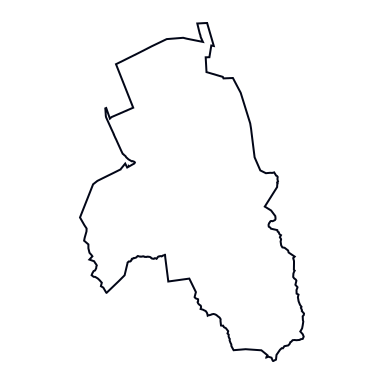 the district of Villaldama, Nuevo León, Mexico
{"feature_id": "50627088B63922247713166", "entity_name": "Villaldama", "entity_type": "district", "adm_level": 2, "iso_a3": "MEX", "parent_name": "Mexico", "parent_adm1": "Nuevo León", "projection": "robinson", "projection_center": [-100.368, 26.476], "detail": "fine", "context": "isolated", "style": "outline", "palette": "ink", "viewbox_px": 384, "rotation_deg": 0, "n_neighbors": 0, "source": "geoboundaries", "source_scale": "gbopen_adm2", "svg_char_len": 5453}
<svg xmlns="http://www.w3.org/2000/svg" viewBox="0 0 384 384"><path d="M116.0,64.2L133.2,107.7L111.5,117.1L109.9,118.6L106.2,108.0L105.3,108.4L105.5,110.6L105.5,110.8L105.6,112.3L105.8,115.2L105.8,115.8L106.0,116.9L106.4,118.0L110.9,127.9L111.0,128.1L111.2,128.6L113.9,134.4L113.8,134.5L115.5,138.2L115.7,138.7L115.9,138.9L116.9,141.2L118.4,144.5L121.3,150.9L122.7,153.8L122.9,154.0L123.4,154.2L124.2,155.1L125.4,156.0L126.3,157.4L126.8,157.8L128.4,159.3L131.8,161.3L132.5,161.1L134.3,161.8L134.9,162.4L134.5,163.3L133.7,163.9L133.2,164.1L129.0,166.5L128.9,166.4L128.9,166.5L127.2,167.5L125.2,163.6L120.5,169.4L120.5,169.5L119.6,169.9L117.0,171.2L113.0,173.2L108.5,175.4L102.6,178.3L97.4,180.9L93.1,184.3L80.0,217.5L84.4,225.2L86.6,228.5L86.5,231.4L84.7,237.7L84.1,240.7L88.4,244.4L88.4,248.3L89.5,252.8L91.5,255.0L92.4,256.3L89.4,259.6L94.2,261.3L94.9,262.6L95.8,263.8L96.3,264.6L96.8,265.4L96.3,266.8L96.2,268.2L95.1,270.4L93.6,271.1L92.4,273.2L91.6,275.2L93.6,276.8L95.2,276.9L97.8,278.5L99.5,280.1L100.9,281.7L101.8,282.7L100.9,286.2L103.3,287.6L106.2,292.6L106.6,292.8L118.6,281.3L124.6,275.3L127.5,263.2L127.5,262.8L127.8,262.3L128.4,261.9L128.5,261.8L128.8,261.5L128.9,261.4L129.0,261.4L129.3,261.5L129.5,261.5L129.9,261.5L130.1,261.5L130.3,261.4L130.5,261.3L130.7,261.2L130.8,261.0L130.8,260.9L131.0,260.5L131.2,260.4L131.3,260.4L131.5,260.1L131.6,259.8L131.7,259.3L131.7,259.2L131.8,259.1L131.9,258.9L132.0,258.9L132.3,258.9L132.3,258.7L132.7,258.6L132.9,258.5L133.1,258.4L133.5,258.1L133.9,258.0L134.2,258.1L134.5,258.1L135.0,257.9L136.2,257.5L136.6,257.1L137.5,256.2L137.9,256.0L139.4,256.5L139.6,256.5L140.3,256.5L140.5,256.7L140.8,256.7L141.5,256.7L142.2,256.4L142.3,256.4L142.5,256.5L142.8,256.4L143.0,256.4L143.3,256.3L143.6,256.4L143.8,256.4L143.9,256.5L144.1,256.7L144.3,256.8L144.5,256.9L144.8,256.9L145.0,256.8L145.9,257.0L146.1,257.0L146.3,257.0L146.5,256.9L146.8,256.8L147.0,256.7L147.5,256.7L147.7,256.8L147.8,256.8L148.0,256.8L148.1,256.7L148.3,256.7L148.6,256.8L148.8,256.8L149.1,256.8L149.5,256.9L149.9,257.0L150.2,257.1L150.7,257.4L151.0,257.7L151.2,258.0L151.3,258.0L151.6,258.2L151.7,258.3L151.8,258.4L151.9,258.5L152.1,258.5L152.5,258.6L153.1,258.7L153.2,258.8L153.3,258.8L153.5,258.8L153.8,258.8L153.9,258.7L154.1,258.7L154.4,258.5L154.5,258.4L154.8,258.2L155.0,258.2L155.6,258.3L155.8,258.4L156.0,258.5L156.4,258.7L156.5,258.8L156.7,258.7L156.8,258.5L157.0,258.3L157.2,258.1L157.4,257.6L157.7,257.2L158.1,256.8L158.3,256.6L158.5,256.5L158.8,256.5L159.0,256.5L159.1,256.4L159.6,256.3L160.2,256.1L160.4,256.1L160.7,256.1L161.0,256.1L161.3,256.3L161.4,256.2L161.5,256.2L161.9,256.1L162.3,256.1L162.5,255.9L162.9,255.6L163.0,255.5L163.2,255.4L164.0,255.3L164.3,255.2L164.5,255.1L164.7,254.9L164.8,254.8L165.0,254.8L165.3,257.8L166.6,268.1L168.3,281.5L189.3,278.6L195.9,292.1L194.6,297.1L195.6,298.3L198.1,299.3L198.1,301.3L197.6,302.1L198.2,303.5L199.3,304.7L200.1,305.2L200.7,305.6L201.1,307.0L200.6,309.0L203.0,309.7L204.3,310.4L205.6,311.0L205.8,311.2L206.2,311.7L206.8,312.6L207.0,313.0L207.3,313.9L207.7,315.7L208.6,315.2L209.1,315.2L209.4,315.2L210.0,315.0L210.8,314.8L211.6,314.4L212.0,314.3L213.3,314.0L213.6,314.0L214.0,314.1L214.9,314.3L215.7,314.7L216.0,314.8L216.6,315.2L218.0,316.4L219.1,317.2L219.6,317.6L220.6,319.2L220.5,320.9L221.0,325.5L222.8,325.8L223.1,325.7L224.0,327.2L225.1,327.8L225.9,328.2L228.2,331.2L227.9,332.3L227.5,333.5L228.7,334.6L228.6,336.5L229.2,338.1L229.8,339.0L229.6,340.3L230.4,342.6L231.3,344.4L231.4,346.1L233.6,350.2L245.6,349.2L261.4,350.3L267.5,355.3L266.3,357.3L266.3,357.5L268.4,356.7L271.5,357.7L272.4,360.0L272.9,360.9L273.3,361.0L276.0,359.6L276.5,354.9L280.0,349.8L281.7,348.2L282.9,348.3L284.4,346.2L288.3,345.4L289.7,343.8L290.4,342.1L291.2,341.8L292.6,340.2L294.5,340.0L296.6,340.2L299.8,339.9L300.4,339.3L302.7,338.9L303.7,336.7L302.8,334.3L300.3,331.5L302.1,328.4L302.7,325.4L303.3,321.5L302.9,320.1L302.7,316.3L303.8,315.0L304.0,313.5L301.8,311.0L302.0,310.2L300.9,307.8L301.5,306.9L300.0,304.8L298.6,301.3L297.9,297.2L298.5,294.6L296.6,293.6L296.5,290.0L297.2,288.3L297.5,287.2L295.4,284.8L296.4,280.7L295.8,279.6L294.1,278.3L293.2,277.0L293.4,273.6L294.2,271.4L294.7,270.7L293.9,269.8L294.0,263.4L294.0,261.0L293.2,258.1L294.7,256.6L288.6,252.5L288.1,250.5L286.3,249.1L284.6,247.8L282.4,247.4L281.2,245.4L280.6,241.5L280.8,240.8L281.1,239.2L279.9,237.2L281.0,235.2L279.6,234.3L279.1,233.4L278.8,232.3L277.7,231.6L277.3,230.1L271.0,228.7L270.5,227.9L270.1,227.5L268.8,226.7L268.6,225.8L268.6,224.6L269.1,223.2L269.7,222.5L270.1,221.7L270.5,221.3L271.0,221.0L271.4,221.0L271.9,221.1L272.6,221.2L273.7,220.7L274.9,220.1L275.3,219.5L275.5,219.0L275.5,218.0L275.3,216.1L271.1,210.5L264.8,206.6L277.1,187.1L277.2,185.3L277.2,185.1L277.3,184.5L277.3,183.6L277.2,183.1L277.4,183.1L277.6,183.1L277.5,181.8L278.0,181.5L277.8,180.7L277.5,179.5L277.5,178.3L277.7,177.0L277.1,176.1L276.8,175.9L276.5,175.7L276.1,175.6L275.3,174.2L275.1,174.0L275.0,173.7L274.6,173.2L274.2,172.4L272.4,172.9L270.1,172.8L265.9,173.2L260.3,170.4L254.6,157.3L251.7,134.0L251.1,129.0L250.2,123.4L240.7,92.8L232.9,78.0L223.5,78.4L222.8,76.9L206.5,72.1L205.7,57.3L209.4,57.2L211.3,45.5L213.8,46.0L207.1,23.0L204.5,23.1L197.3,23.5L199.7,33.4L200.0,34.2L200.2,34.8L200.4,35.3L200.4,35.6L200.5,35.9L200.5,36.3L200.6,36.6L200.9,37.6L201.1,37.9L201.2,38.3L201.7,39.2L201.8,39.6L202.9,41.9L186.8,38.7L183.2,37.8L166.7,39.1L151.7,46.3L137.6,53.5L116.0,64.2Z" fill="none" stroke="#020617" stroke-width="2"/></svg>